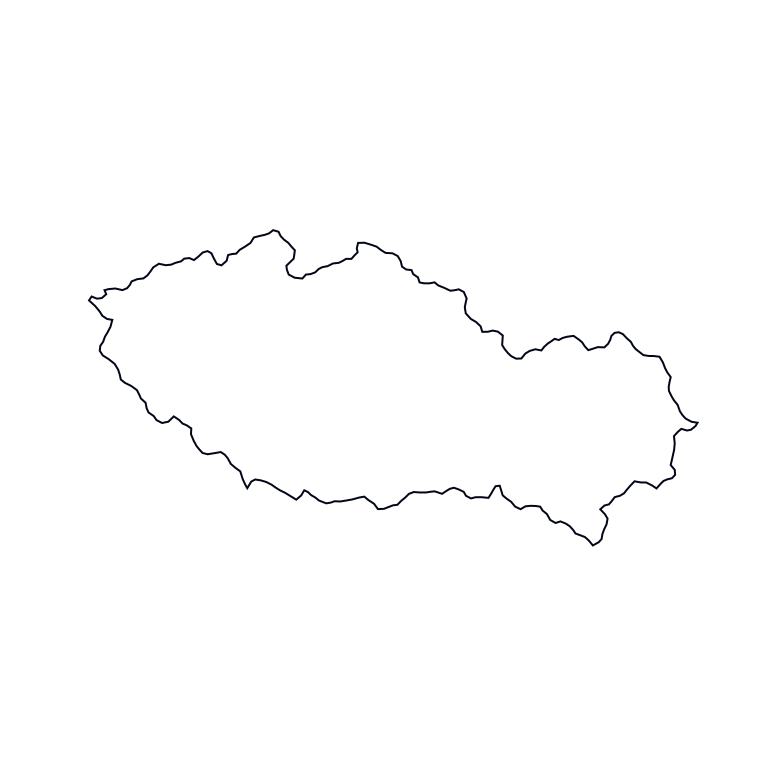 Aiuruoca, Minas Gerais, Brazil (orthographic projection), rotated 298°
{"feature_id": "56859067B43172679748433", "entity_name": "Aiuruoca", "entity_type": "district", "adm_level": 2, "iso_a3": "BRA", "parent_name": "Brazil", "parent_adm1": "Minas Gerais", "projection": "orthographic", "projection_center": [-44.641, -21.953], "detail": "fine", "context": "isolated", "style": "outline", "palette": "ink", "viewbox_px": 768, "rotation_deg": 298, "n_neighbors": 0, "source": "geoboundaries", "source_scale": "gbopen_adm2", "svg_char_len": 4116}
<svg xmlns="http://www.w3.org/2000/svg" viewBox="0 0 768 768"><g transform="rotate(298 384 384)"><path d="M324.0,84.8L319.3,84.3L317.2,92.5L314.5,99.0L312.0,103.3L311.4,108.9L313.1,114.0L306.2,115.6L299.8,115.7L294.7,115.4L289.4,116.2L284.5,115.6L279.9,117.4L277.2,122.3L276.7,129.1L275.3,136.8L271.8,142.6L268.3,146.2L264.4,149.5L263.4,154.6L263.6,161.7L262.6,168.7L259.6,173.0L257.1,176.1L255.5,182.3L251.2,185.8L248.3,189.5L247.6,195.7L245.3,200.2L245.4,206.4L249.5,211.3L256.7,213.6L256.1,219.8L254.5,224.7L254.9,229.1L254.3,234.7L249.1,237.1L244.4,242.8L241.2,247.7L239.5,251.7L237.9,256.2L239.2,261.3L243.6,267.1L247.3,271.8L246.8,276.7L245.0,281.0L241.5,286.3L240.2,292.3L239.4,298.1L233.8,303.8L230.1,308.6L227.8,312.2L235.5,312.6L239.2,315.1L241.0,320.2L242.2,326.0L242.3,332.0L241.7,336.7L241.3,341.8L241.5,347.9L241.1,354.2L240.7,360.8L246.7,363.2L252.7,363.5L252.9,367.6L251.7,371.7L251.5,376.6L250.6,381.3L251.5,389.0L254.4,392.8L257.3,395.4L259.7,400.5L263.5,405.5L267.2,410.2L272.2,415.5L275.3,419.5L274.2,424.6L273.6,431.4L270.7,437.4L273.7,442.5L278.0,446.2L281.1,448.9L283.6,452.5L289.0,454.1L293.8,456.1L298.7,457.6L302.6,461.0L305.1,466.7L308.0,472.1L310.5,475.4L313.0,479.1L314.3,486.8L318.0,488.8L322.3,491.3L325.2,494.4L326.0,499.6L326.2,505.0L323.8,508.9L323.8,514.5L327.1,518.1L329.9,523.4L332.5,529.7L337.8,530.1L342.3,530.2L346.1,530.5L348.5,533.9L345.3,537.2L341.4,541.1L340.3,546.4L339.7,551.5L337.3,557.4L337.6,563.4L342.4,566.3L345.3,570.7L347.6,575.4L349.0,579.5L346.7,583.5L345.7,588.8L342.0,594.6L341.8,600.7L345.5,604.3L346.1,610.0L345.6,614.9L343.9,619.6L341.9,623.2L342.6,628.5L343.2,633.2L341.9,638.5L339.5,644.2L345.2,647.9L349.3,648.9L354.0,647.3L359.1,646.6L364.5,646.4L370.1,644.6L372.8,640.1L374.9,633.8L380.2,635.7L383.3,639.1L387.7,640.1L392.4,640.8L396.1,644.8L400.3,647.3L404.4,648.0L409.4,649.1L415.7,650.9L417.7,657.1L420.1,661.7L420.3,668.3L419.7,673.6L425.7,675.1L429.6,676.3L432.7,678.8L436.0,682.5L440.5,683.7L444.7,681.0L447.0,675.2L451.1,674.1L456.2,672.7L462.0,671.1L468.2,668.5L474.1,664.5L479.6,665.9L484.0,667.6L485.2,673.4L487.7,676.5L493.1,678.8L497.0,679.0L495.0,673.2L495.1,666.5L496.6,662.2L498.9,658.0L503.4,653.1L505.8,647.5L508.4,643.3L511.7,638.8L515.2,636.7L519.4,635.3L524.7,633.9L527.2,628.8L529.9,624.8L534.0,620.1L537.4,614.5L535.3,608.9L533.0,604.5L531.3,599.4L532.1,594.8L533.0,589.8L534.7,585.8L537.1,582.2L538.4,576.9L540.2,571.5L539.9,567.0L537.4,563.6L533.3,562.2L529.3,563.0L524.7,563.0L519.8,561.4L516.9,555.4L513.1,551.8L509.8,548.5L511.5,543.6L513.8,539.4L514.7,535.3L515.5,528.8L511.7,523.5L508.5,520.1L504.9,517.7L503.9,513.4L500.2,511.6L496.5,509.6L492.1,508.0L487.5,507.2L485.7,501.3L481.6,497.1L477.2,494.5L471.0,493.3L468.4,488.8L468.3,483.3L469.6,478.6L471.6,473.9L473.9,470.0L477.5,468.4L482.6,466.1L483.7,460.0L482.2,454.9L478.9,451.2L476.2,446.3L480.3,442.2L482.0,436.0L482.2,430.2L484.8,423.0L489.7,419.3L494.0,418.0L498.3,416.8L502.7,411.3L502.7,405.6L499.8,402.1L497.5,398.8L497.2,392.5L496.5,385.4L497.5,380.9L494.5,377.3L491.7,372.2L490.4,367.7L494.1,363.9L494.7,358.2L497.5,354.8L495.5,349.8L496.1,344.8L500.3,341.1L503.4,336.1L503.4,330.2L500.5,323.8L500.9,318.2L501.8,312.9L500.7,306.1L499.5,300.3L496.4,294.9L491.0,296.3L487.9,298.9L483.4,297.5L479.2,296.5L476.7,291.8L472.8,289.4L469.7,287.1L466.5,282.4L461.6,278.9L458.3,274.8L455.0,272.4L450.2,270.8L446.5,267.5L444.0,263.7L438.8,262.4L435.9,255.2L435.9,248.5L439.3,244.6L442.6,242.3L447.3,243.8L452.2,245.4L456.0,244.1L460.2,242.5L461.8,237.9L463.7,233.2L464.5,228.0L466.0,223.4L468.9,219.4L467.8,213.9L463.2,211.9L460.0,209.0L456.4,204.8L452.3,200.3L445.9,199.9L440.2,196.9L434.7,193.6L429.7,192.3L427.4,188.8L424.7,185.8L418.9,187.2L412.5,184.8L411.5,180.1L414.8,175.1L418.4,170.2L418.5,165.8L415.0,162.2L408.8,160.1L404.2,158.0L403.8,153.0L400.9,148.8L397.0,147.2L393.0,142.9L389.5,140.1L386.4,135.5L384.5,128.8L378.6,125.5L373.4,124.9L368.8,124.1L364.3,122.0L360.7,116.9L356.1,113.0L352.2,113.1L348.0,112.2L344.1,109.0L342.2,102.0L338.5,96.3L335.6,93.2L332.9,96.6L327.4,94.5L324.6,90.5L324.0,84.8Z" fill="none" stroke="#020617" stroke-width="2"/></g></svg>